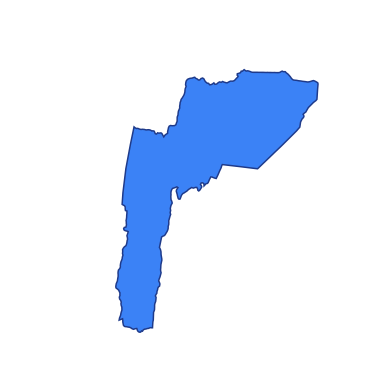 Andaraí, Bahia, Brazil (Equal Earth projection), rotated 23°
{"feature_id": "56859067B10636058932949", "entity_name": "Andaraí", "entity_type": "district", "adm_level": 2, "iso_a3": "BRA", "parent_name": "Brazil", "parent_adm1": "Bahia", "projection": "equal_earth", "projection_center": [-41.223, -12.794], "detail": "fine", "context": "isolated", "style": "filled", "palette": "blue", "viewbox_px": 384, "rotation_deg": 23, "n_neighbors": 0, "source": "geoboundaries", "source_scale": "gbopen_adm2", "svg_char_len": 5328}
<svg xmlns="http://www.w3.org/2000/svg" viewBox="0 0 384 384"><g transform="rotate(23 192 192)"><path d="M265.8,43.3L265.0,42.3L262.9,42.0L261.5,41.9L260.2,42.0L259.2,42.8L257.8,44.0L256.5,45.0L255.1,45.7L253.6,46.0L252.6,46.3L251.6,46.6L250.2,47.0L248.8,47.3L247.8,47.6L246.8,47.9L245.8,48.1L244.5,48.4L243.0,48.9L241.5,49.3L240.1,49.0L238.7,48.3L237.5,47.5L235.9,46.7L234.1,45.9L232.3,45.5L230.8,44.8L229.7,45.3L228.8,45.6L227.8,45.5L227.0,46.3L226.2,47.5L225.2,48.2L224.1,48.7L222.6,49.3L221.2,49.8L218.9,50.8L217.6,51.3L216.2,51.9L214.6,52.5L213.6,53.0L211.2,53.9L210.0,54.4L208.5,55.0L206.9,55.7L205.6,56.2L204.6,56.6L203.5,57.1L201.8,57.8L200.8,58.2L199.8,58.4L198.3,58.4L196.8,58.5L195.6,58.8L194.6,59.5L193.4,59.3L192.2,59.0L191.2,61.1L190.1,61.5L190.0,63.2L188.7,64.5L187.5,65.4L187.9,66.8L189.2,67.4L189.1,68.7L188.5,69.9L187.9,71.8L187.2,73.2L186.1,74.1L184.1,74.9L182.7,76.5L181.8,77.7L180.9,78.1L179.7,78.2L178.3,78.4L177.0,78.3L176.0,79.7L174.5,79.8L173.5,80.9L172.5,83.0L171.0,83.9L169.5,83.0L168.6,84.6L167.5,85.8L166.3,86.4L164.8,85.5L163.4,85.9L162.4,85.5L161.4,85.3L160.0,84.3L158.9,83.3L157.3,82.9L156.0,84.0L155.3,85.9L154.1,86.4L152.6,85.9L150.8,85.9L149.7,85.3L148.5,86.2L147.7,87.1L146.7,87.6L145.7,88.2L144.9,88.9L143.8,90.1L143.3,92.1L143.6,93.9L144.2,95.9L145.3,97.0L145.4,99.6L145.8,101.1L146.3,102.5L146.5,103.7L146.7,105.1L146.6,106.8L146.4,108.1L146.2,109.5L145.8,111.0L146.1,112.5L146.1,114.1L146.7,116.1L147.1,117.8L147.9,119.6L147.9,121.2L147.9,122.9L148.4,124.8L149.0,126.5L149.1,128.8L149.9,130.8L150.7,132.8L150.7,134.7L150.9,136.4L150.0,137.7L148.0,138.7L146.2,139.2L145.3,140.3L145.2,141.9L145.6,143.9L145.9,145.7L146.6,147.6L145.5,149.1L144.9,150.2L144.5,152.3L142.3,150.6L141.4,149.9L140.3,149.7L139.2,150.4L138.2,150.9L137.3,150.9L136.7,152.5L135.5,152.7L134.7,152.0L133.5,150.8L132.2,150.9L131.1,151.5L130.0,151.3L129.0,151.3L127.5,151.7L125.5,152.8L123.9,153.0L122.9,153.3L121.9,153.6L120.5,154.4L118.9,154.6L117.2,154.6L116.3,155.2L114.8,155.2L113.2,154.7L116.6,171.7L122.0,196.3L128.7,219.6L132.5,230.7L133.9,230.9L135.2,231.0L136.3,231.8L137.2,233.8L138.0,235.1L139.5,234.9L140.4,237.0L141.0,239.0L141.7,240.8L142.2,242.6L142.5,244.1L143.2,245.2L143.7,246.4L144.5,247.8L144.9,250.1L143.5,251.1L143.4,252.5L144.3,253.5L145.2,253.7L146.4,253.6L147.6,253.4L148.7,253.4L149.0,255.0L149.1,256.4L149.2,257.7L150.4,259.3L151.2,260.8L151.3,262.1L151.8,263.9L152.1,265.6L152.2,267.2L151.2,268.8L150.7,270.6L150.6,272.2L151.4,273.7L152.1,275.9L153.1,277.0L153.3,279.1L153.8,280.7L153.9,282.2L153.9,284.0L154.2,285.7L154.7,287.6L155.4,289.1L155.4,290.7L154.8,292.6L155.2,294.5L155.7,295.8L156.3,296.9L157.0,298.6L157.5,300.9L158.1,303.1L158.1,305.9L158.5,307.8L159.0,309.3L159.9,310.2L161.3,310.4L163.0,311.1L164.1,312.2L165.1,313.0L165.5,314.2L166.1,315.3L166.2,317.2L167.2,318.8L168.3,319.4L169.2,320.2L169.9,321.1L170.3,322.7L171.2,324.1L172.4,325.4L173.6,328.0L173.8,330.2L174.0,331.5L174.4,333.2L174.5,334.6L174.5,336.2L175.0,338.4L177.6,335.8L178.5,337.3L179.1,338.7L179.9,339.9L180.9,341.4L182.3,342.1L183.5,341.9L184.6,341.5L186.0,341.3L186.9,341.0L188.0,340.9L189.0,341.0L190.5,341.3L191.9,341.2L193.0,340.1L194.5,339.2L196.1,341.0L197.4,341.6L198.6,341.5L199.5,341.0L199.8,339.6L200.8,339.5L201.0,338.1L201.7,337.0L203.1,336.1L204.1,335.2L205.3,334.5L206.5,333.2L207.6,332.9L208.7,332.4L208.0,330.5L207.4,328.8L206.7,326.7L206.4,325.0L203.6,317.7L203.6,316.3L203.5,315.1L202.9,313.5L202.4,312.2L201.9,311.1L201.4,309.4L201.3,306.9L200.7,304.8L200.1,303.0L198.9,302.0L198.9,300.3L199.2,299.0L198.6,297.2L198.5,295.4L198.1,294.0L198.2,292.6L198.9,291.3L198.4,289.2L197.3,287.9L196.1,286.9L195.8,285.3L195.7,282.6L195.4,280.4L195.1,278.4L194.2,277.2L193.5,276.0L192.8,273.9L192.2,272.3L191.7,270.8L191.3,268.7L190.9,266.6L190.3,265.3L189.2,263.6L188.1,261.9L187.5,260.7L186.9,259.3L185.7,257.6L184.6,256.5L183.7,255.8L181.6,245.3L182.5,244.0L183.5,243.0L184.0,241.8L184.2,240.0L184.5,238.1L184.5,236.1L184.2,234.6L183.5,233.0L183.3,231.1L182.6,229.2L181.8,227.5L181.6,225.7L181.2,222.8L181.1,220.9L180.0,219.7L179.5,217.2L178.6,216.0L178.2,214.4L177.9,212.6L178.1,209.9L176.9,208.3L175.8,207.4L175.2,206.3L174.3,204.5L173.7,202.6L173.0,201.3L172.5,199.5L172.4,197.6L172.7,196.3L173.9,195.3L175.1,194.2L176.0,193.2L177.4,193.5L177.1,194.8L176.9,196.1L177.2,197.4L178.1,198.5L179.1,199.7L180.2,201.3L181.0,202.3L181.9,203.4L182.9,203.7L183.8,203.1L183.7,201.2L183.6,199.4L183.8,198.1L184.3,196.8L185.2,195.8L185.8,194.8L186.9,193.2L187.6,191.5L188.3,190.3L189.1,189.2L189.9,188.0L191.7,187.9L193.3,186.5L194.6,185.9L195.8,186.8L196.7,188.1L197.8,188.4L198.4,187.4L198.8,185.3L199.0,183.5L197.9,182.3L196.8,181.8L196.9,180.1L198.2,179.4L199.7,179.7L200.7,181.7L201.7,178.9L202.9,178.0L203.2,176.8L203.2,175.3L203.2,173.6L203.3,172.1L203.4,170.8L204.5,170.4L206.2,170.4L207.9,170.3L209.0,170.1L209.1,168.2L209.2,166.0L209.2,164.7L209.2,163.4L209.2,161.8L209.3,159.7L209.3,157.9L209.1,156.2L209.2,154.9L226.2,149.9L243.3,145.0L252.6,123.2L256.4,114.4L264.4,94.8L264.8,93.5L265.4,91.7L265.9,90.2L264.6,85.1L264.7,83.3L264.8,81.8L265.3,80.5L265.6,79.0L265.0,77.9L263.9,77.0L264.6,75.4L265.5,74.0L265.7,72.1L265.9,70.4L266.1,68.8L266.6,67.6L267.2,66.1L267.9,64.4L268.6,62.6L269.3,61.2L270.3,59.5L270.8,57.9L267.4,48.2L265.8,43.3Z" fill="#3b82f6" stroke="#1e3a8a" stroke-width="1.5"/></g></svg>